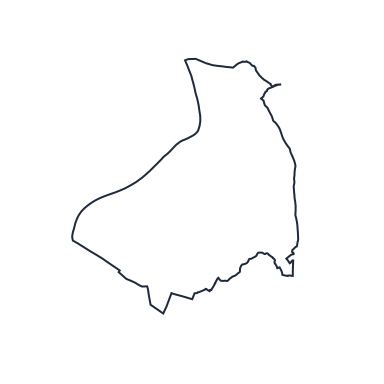 outline of Gennep, Limburg, Netherlands, rotated 63°
{"feature_id": "6326949B74696294770759", "entity_name": "Gennep", "entity_type": "district", "adm_level": 2, "iso_a3": "NLD", "parent_name": "Netherlands", "parent_adm1": "Limburg", "projection": "natural_earth1", "projection_center": [5.991, 51.696], "detail": "fine", "context": "isolated", "style": "outline", "palette": "slate", "viewbox_px": 384, "rotation_deg": 63, "n_neighbors": 0, "source": "geoboundaries", "source_scale": "gbopen_adm2", "svg_char_len": 5848}
<svg xmlns="http://www.w3.org/2000/svg" viewBox="0 0 384 384"><g transform="rotate(63 192 192)"><path d="M287.6,240.5L286.6,239.3L283.5,235.8L283.7,234.8L284.0,234.2L284.3,233.7L284.2,232.7L284.0,232.1L284.4,231.7L284.9,224.2L284.5,223.9L284.9,223.3L285.8,222.9L288.2,221.5L288.1,221.3L288.2,221.2L287.4,220.4L287.4,220.2L288.0,219.7L288.1,219.3L287.9,219.1L287.0,217.7L285.9,215.8L285.0,214.5L284.7,214.1L284.5,213.9L284.3,213.7L284.2,213.6L284.2,213.2L284.1,212.9L283.9,212.9L283.4,212.6L283.3,212.2L283.0,211.8L282.8,211.6L282.5,211.3L282.4,211.0L282.3,210.7L282.0,210.5L281.8,210.2L281.7,210.0L281.6,209.7L281.3,209.5L281.2,209.3L281.2,209.2L281.0,208.8L280.8,208.6L280.6,208.2L280.5,207.4L281.3,207.4L282.6,207.1L283.6,206.8L284.1,206.5L284.4,206.2L284.7,205.8L285.0,205.2L285.5,204.3L286.0,203.0L286.1,202.7L286.3,202.4L287.0,201.5L287.2,201.2L287.3,200.8L287.2,200.3L287.2,200.0L286.6,198.5L286.4,197.9L285.8,194.3L285.8,193.7L286.1,192.0L286.0,191.4L286.0,190.7L285.7,189.4L285.3,188.1L285.2,187.2L285.0,186.0L284.9,185.7L284.5,185.3L283.5,184.8L283.1,184.6L282.1,184.0L281.7,183.7L280.2,181.9L279.9,181.3L279.5,180.6L279.4,180.2L279.5,179.9L279.8,179.0L279.9,178.7L280.0,178.1L280.2,176.5L280.2,175.9L280.2,175.5L280.0,174.9L279.9,174.5L279.7,174.1L279.3,173.5L278.9,172.9L278.1,172.1L277.9,171.8L277.7,171.4L277.8,170.9L278.2,170.0L278.4,169.4L278.3,167.8L278.3,165.3L278.2,164.3L278.0,163.7L277.6,162.9L277.5,162.7L276.7,161.9L276.6,161.6L276.3,160.9L276.2,160.5L276.5,159.8L276.8,159.1L277.4,157.8L277.8,157.2L278.1,156.9L279.0,156.3L279.9,155.8L280.3,155.4L280.5,155.0L280.4,153.6L280.5,153.3L280.6,153.0L281.1,152.6L281.7,152.3L282.6,152.0L282.9,152.1L284.0,151.4L284.7,151.1L284.9,151.0L285.7,150.6L286.1,150.3L286.7,149.9L287.4,150.0L287.6,150.0L287.9,149.6L288.0,149.5L288.3,149.4L289.0,149.3L289.9,149.1L290.3,149.1L290.6,149.1L290.8,149.3L291.4,149.9L291.6,150.1L292.2,150.3L292.3,150.5L292.5,150.6L292.9,150.6L293.3,150.7L293.7,150.6L294.4,150.3L294.9,150.4L295.3,150.4L295.9,150.3L297.2,150.3L298.6,150.6L298.8,148.9L298.9,148.2L300.6,148.1L302.6,148.1L304.8,148.4L305.4,148.5L306.9,149.1L308.8,146.8L309.3,146.1L310.1,145.1L309.9,145.0L310.5,143.4L310.6,143.1L310.9,142.6L311.6,141.7L312.5,140.3L307.9,137.9L298.9,132.9L298.7,133.2L298.6,133.9L299.9,136.6L299.9,137.3L297.5,137.5L294.9,138.0L294.2,138.2L293.3,134.0L292.9,131.9L293.1,131.2L293.5,129.7L292.7,129.2L290.8,130.0L290.5,129.9L289.6,129.2L289.4,129.1L288.0,124.7L288.1,123.3L287.7,122.9L285.5,121.4L284.2,120.4L282.9,119.2L281.8,118.6L276.1,116.0L274.8,115.5L269.4,113.2L266.6,112.2L262.7,111.1L261.7,110.9L259.8,110.5L259.4,110.3L257.4,109.2L255.4,108.0L253.0,106.8L252.0,106.2L247.4,104.4L244.6,103.6L241.4,102.2L239.5,101.5L233.5,99.0L233.0,98.8L230.6,96.8L229.1,96.0L227.2,95.3L226.0,94.8L225.4,94.4L224.7,93.8L223.7,93.1L222.6,92.6L219.0,90.4L218.2,89.8L217.3,89.1L216.1,88.2L215.0,87.7L212.0,87.0L210.2,86.7L208.0,86.5L202.8,86.2L201.8,86.2L200.3,85.9L198.3,85.3L197.4,85.3L196.3,85.5L194.9,85.8L190.6,86.4L188.3,86.5L186.2,86.6L184.7,86.5L177.2,85.4L175.9,85.3L175.0,85.2L173.7,85.3L170.2,85.7L167.7,86.3L167.2,86.5L166.6,86.9L166.2,87.1L165.5,87.2L164.8,87.2L162.8,86.8L160.5,86.5L156.4,86.6L154.0,86.6L151.5,86.5L151.0,86.6L147.8,87.7L146.1,87.4L144.5,87.1L143.3,86.8L141.9,87.2L140.1,88.1L139.8,87.5L139.7,86.2L139.4,85.5L139.1,84.9L138.7,84.3L137.5,83.2L137.1,82.3L136.2,81.2L136.0,80.8L136.0,80.6L136.2,79.9L136.2,79.7L135.6,79.0L135.0,78.5L134.7,77.9L134.6,76.9L135.1,71.5L135.0,70.7L135.0,70.0L135.1,69.3L135.4,68.5L135.3,67.6L135.6,66.4L135.8,65.9L136.2,65.1L136.5,64.0L136.5,63.8L134.6,68.5L134.5,69.1L134.5,69.9L134.6,71.1L134.7,71.3L134.9,72.2L134.9,72.3L133.9,72.8L133.1,72.9L132.7,73.0L132.1,73.2L131.6,72.9L126.5,75.7L124.6,76.9L123.9,77.1L122.7,77.7L119.5,78.7L119.1,78.9L118.6,79.0L112.9,79.8L112.3,79.6L111.6,79.6L111.0,79.4L110.0,79.0L107.8,79.6L107.7,79.6L107.4,80.4L107.0,80.8L105.1,81.5L104.8,81.6L103.8,81.7L102.5,82.5L101.3,83.6L100.5,84.1L100.4,84.1L100.4,84.3L100.3,84.5L100.3,85.0L100.2,85.4L99.7,86.4L99.3,86.9L99.1,87.4L99.0,88.0L98.8,88.0L98.8,88.4L98.5,91.7L98.6,93.7L99.4,97.1L99.8,99.0L99.2,99.8L96.1,104.7L92.9,109.3L92.8,109.6L90.5,113.0L88.9,115.3L87.5,117.0L87.2,117.3L85.9,118.6L83.6,121.1L75.1,128.2L71.9,135.1L71.6,137.4L71.5,138.4L78.4,138.9L83.1,139.4L87.3,139.8L88.8,140.0L90.2,140.3L93.3,141.0L94.9,141.3L99.5,142.3L102.7,143.2L105.5,143.9L106.5,144.1L111.3,145.0L116.6,146.4L118.9,147.1L122.6,148.4L128.1,150.2L130.1,151.2L131.6,151.9L133.7,153.1L134.3,153.6L135.8,154.7L136.3,155.0L138.0,156.6L139.3,157.9L140.3,159.0L140.5,159.4L141.1,160.7L141.5,161.9L142.0,164.1L142.1,165.7L142.2,167.9L142.2,172.2L142.1,173.3L141.8,177.3L141.8,179.1L141.9,180.0L142.1,181.1L142.4,182.8L142.7,184.5L143.2,185.9L143.4,186.6L145.9,193.5L146.9,197.0L147.2,198.7L147.3,199.0L147.5,200.3L147.8,201.2L148.1,202.3L148.5,203.1L151.2,211.0L152.0,213.6L154.0,219.9L155.2,224.3L156.5,229.4L157.1,233.1L157.8,237.6L158.1,242.0L158.3,246.4L158.3,250.8L158.0,255.3L157.6,259.7L156.8,265.8L156.5,267.9L156.1,271.4L155.8,274.6L155.6,276.8L155.6,277.9L155.6,280.0L155.6,282.3L155.8,284.6L156.0,286.9L156.4,289.5L157.1,293.0L157.5,294.7L158.0,296.3L158.7,298.2L159.1,299.4L160.1,301.3L161.3,303.4L162.0,304.5L163.7,306.7L164.6,307.7L166.2,309.5L167.4,310.6L171.7,314.4L173.1,315.8L174.4,316.9L175.8,317.9L176.1,318.2L176.5,318.5L178.0,319.3L181.2,320.2L185.1,317.6L185.9,317.1L190.8,314.2L195.1,311.6L197.5,310.2L209.8,302.5L213.5,300.5L214.0,300.3L221.5,296.2L225.2,294.1L229.1,292.0L230.1,293.7L237.8,290.7L239.3,290.1L240.9,288.9L242.1,287.8L246.0,284.6L247.7,283.4L248.8,282.8L249.6,282.3L251.1,281.3L253.5,279.5L255.7,274.8L256.3,274.9L259.1,275.5L263.3,277.0L273.6,280.1L287.2,272.8L283.4,267.9L283.0,267.4L282.9,267.2L272.8,256.2L274.7,254.4L281.4,247.0L285.4,242.8L287.6,240.5Z" fill="none" stroke="#1e293b" stroke-width="2"/></g></svg>